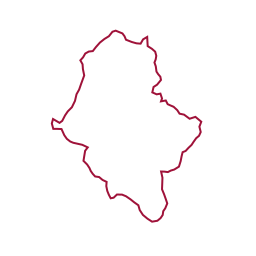 Vargem, São Paulo, Brazil (Albers equal-area conic projection), rotated 345°
{"feature_id": "56859067B88697914200534", "entity_name": "Vargem", "entity_type": "district", "adm_level": 2, "iso_a3": "BRA", "parent_name": "Brazil", "parent_adm1": "São Paulo", "projection": "albers", "projection_center": [-46.413, -22.894], "detail": "fine", "context": "isolated", "style": "outline", "palette": "rose", "viewbox_px": 256, "rotation_deg": 345, "n_neighbors": 0, "source": "geoboundaries", "source_scale": "gbopen_adm2", "svg_char_len": 1570}
<svg xmlns="http://www.w3.org/2000/svg" viewBox="0 0 256 256"><g transform="rotate(345 128 128)"><path d="M170.1,45.0L165.5,46.3L162.0,49.8L158.1,48.4L153.9,45.9L148.9,42.2L148.4,38.5L147.1,35.2L141.3,30.8L137.9,31.0L133.3,34.4L128.3,35.9L123.0,38.2L118.0,41.5L113.9,44.6L109.9,44.0L106.0,45.0L102.9,48.1L99.5,50.3L100.6,54.7L99.7,59.4L99.3,65.9L94.1,73.3L90.7,78.3L87.0,82.1L83.8,88.1L79.2,93.4L74.1,96.4L70.5,99.5L66.3,104.1L63.2,105.3L57.9,99.9L55.6,103.9L55.6,109.5L59.3,110.5L63.5,111.8L64.6,118.5L66.1,122.6L68.7,126.1L71.3,128.1L79.5,132.4L84.1,136.3L80.7,138.9L78.2,144.4L76.5,148.2L79.1,152.7L80.4,156.6L80.9,159.9L82.1,163.2L83.7,166.3L87.4,167.9L90.0,171.6L93.4,174.5L92.0,178.5L91.7,183.4L92.2,187.4L93.1,191.4L96.1,191.6L100.1,189.4L105.0,190.8L108.4,193.4L112.0,197.6L114.7,201.3L118.0,205.3L118.1,210.3L119.9,215.8L123.3,220.6L127.0,224.7L132.4,225.2L136.1,223.5L139.0,221.0L140.5,217.5L143.2,215.2L146.4,211.0L146.1,206.4L145.7,201.3L145.0,196.0L146.8,190.2L148.4,184.9L148.7,178.6L151.7,179.5L155.1,180.9L158.3,180.2L161.9,180.1L167.2,178.5L170.3,173.6L172.5,169.1L174.5,165.5L177.7,165.1L181.3,162.8L185.0,160.8L187.8,158.3L191.2,155.5L194.6,153.9L197.2,150.7L197.3,145.2L200.4,140.9L196.0,134.7L189.9,135.0L185.6,129.6L181.5,127.5L180.2,123.5L177.6,119.4L172.5,115.3L171.6,111.2L166.8,110.8L168.5,108.3L168.2,103.2L164.4,102.9L160.7,99.9L163.3,95.0L167.3,93.7L172.3,90.1L172.5,86.8L171.1,83.9L170.1,80.9L170.8,75.6L170.5,71.6L172.5,68.9L174.0,65.6L174.0,61.3L171.6,57.7L168.2,54.0L170.1,45.0Z" fill="none" stroke="#9f1239" stroke-width="2"/></g></svg>